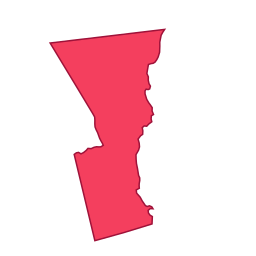 outline of Igarapé Grande, Maranhão, Brazil, rotated 166°
{"feature_id": "56859067B222723786922", "entity_name": "Igarapé Grande", "entity_type": "district", "adm_level": 2, "iso_a3": "BRA", "parent_name": "Brazil", "parent_adm1": "Maranhão", "projection": "equal_earth", "projection_center": [-44.85, -4.583], "detail": "fine", "context": "isolated", "style": "filled", "palette": "rose", "viewbox_px": 256, "rotation_deg": 166, "n_neighbors": 0, "source": "geoboundaries", "source_scale": "gbopen_adm2", "svg_char_len": 1357}
<svg xmlns="http://www.w3.org/2000/svg" viewBox="0 0 256 256"><g transform="rotate(166 128 128)"><path d="M186.6,115.4L187.4,26.7L166.0,27.3L158.0,27.5L127.9,29.1L126.7,33.1L125.8,36.2L127.7,38.1L128.7,40.5L128.4,43.2L125.9,44.4L123.3,43.6L124.0,45.8L126.0,47.3L128.4,47.2L129.9,48.5L131.9,53.9L132.9,57.9L135.4,62.7L135.0,65.9L131.6,66.8L131.2,69.2L130.6,71.3L129.3,74.2L128.7,76.8L129.2,79.4L128.6,86.5L128.4,91.4L127.7,95.7L126.7,100.2L123.1,104.0L121.4,106.9L120.8,110.6L120.9,114.8L117.7,117.4L115.3,118.3L114.3,121.6L114.1,124.9L111.8,126.1L109.4,125.2L107.0,126.8L103.4,128.3L103.4,131.2L102.3,134.3L100.0,134.9L100.5,138.7L99.6,141.9L100.7,144.9L101.8,147.5L102.9,151.3L103.2,157.0L102.5,159.9L101.0,161.3L99.2,160.4L97.5,160.7L96.1,163.2L96.9,165.9L96.8,169.3L95.9,172.7L96.5,176.3L94.6,180.7L92.8,184.7L90.2,184.9L87.9,184.7L85.8,185.4L83.4,187.5L81.5,189.7L79.0,193.9L77.3,199.8L76.4,203.6L73.4,210.0L71.2,212.4L68.6,214.8L81.1,216.4L123.9,221.8L147.7,224.8L149.8,225.1L183.0,229.3L167.2,178.2L158.7,150.5L157.7,146.8L158.2,143.8L159.2,140.0L159.7,137.0L159.3,133.9L158.6,130.8L158.3,127.7L158.0,124.8L157.3,121.9L156.6,119.5L156.2,117.2L158.9,116.3L161.2,116.8L163.0,117.4L165.6,117.5L168.7,116.9L171.8,117.9L173.9,116.4L177.1,114.9L179.9,114.3L181.9,116.3L184.1,116.4L186.6,115.4Z" fill="#f43f5e" stroke="#9f1239" stroke-width="1.5"/></g></svg>